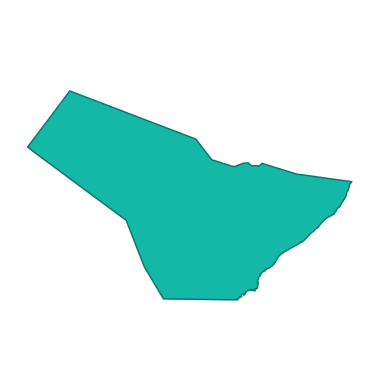 the district of Gagaemauga I, Gaga'emauga, Samoa, rotated 85°
{"feature_id": "51752279B56154317281841", "entity_name": "Gagaemauga I", "entity_type": "district", "adm_level": 2, "iso_a3": "WSM", "parent_name": "Samoa", "parent_adm1": "Gaga'emauga", "projection": "orthographic", "projection_center": [-172.292, -13.543], "detail": "fine", "context": "isolated", "style": "filled", "palette": "teal", "viewbox_px": 384, "rotation_deg": 85, "n_neighbors": 0, "source": "geoboundaries", "source_scale": "gbopen_adm2", "svg_char_len": 2830}
<svg xmlns="http://www.w3.org/2000/svg" viewBox="0 0 384 384"><g transform="rotate(85 192 192)"><path d="M157.3,324.6L168.7,311.8L214.5,260.0L262.5,246.0L296.0,229.7L303.2,158.5L303.3,158.1L302.9,157.5L303.2,156.7L302.6,157.0L302.6,155.3L302.3,154.7L301.8,154.5L301.0,154.2L300.5,153.8L300.3,153.3L300.4,152.6L301.0,152.5L300.6,151.9L299.8,151.5L299.2,151.6L298.5,151.6L298.0,151.1L297.8,150.5L298.4,149.1L298.9,149.2L298.7,148.4L297.4,147.8L297.1,147.4L296.1,146.7L295.7,146.2L295.2,145.3L295.3,144.8L294.9,144.6L294.8,144.1L294.8,143.2L294.8,142.6L294.3,142.0L294.9,141.7L294.4,141.0L294.5,140.8L295.3,140.8L295.3,140.6L294.8,140.2L295.4,139.9L295.3,139.2L295.7,138.6L295.3,138.4L295.7,137.8L295.3,137.7L294.6,138.2L293.9,138.0L293.7,137.3L294.0,137.0L294.2,136.5L293.7,136.2L293.7,135.8L293.4,135.3L292.8,134.9L292.3,134.8L291.8,135.0L290.6,134.6L290.3,134.3L289.8,134.4L289.4,134.1L289.2,134.3L288.3,133.9L288.0,134.0L287.9,134.7L286.1,134.2L285.8,133.9L285.3,134.0L284.4,133.2L283.9,133.6L283.6,133.2L283.4,133.3L282.2,132.6L281.8,132.1L281.0,131.5L281.2,131.3L280.6,130.8L280.1,130.9L278.8,129.7L277.6,128.4L277.5,127.8L277.0,127.4L277.0,126.4L276.6,126.6L275.7,125.3L275.7,124.8L275.2,124.8L274.8,123.6L274.9,123.3L274.5,121.9L274.0,121.3L273.6,120.3L273.1,119.5L272.7,119.1L272.6,118.6L271.4,117.1L270.2,115.9L269.0,115.0L267.8,114.3L266.6,113.3L266.0,113.0L264.8,112.0L264.1,111.6L263.2,110.7L262.0,109.1L261.5,108.4L261.5,108.0L260.9,107.5L260.9,107.2L260.4,106.8L260.3,106.2L259.8,105.8L259.6,105.2L259.3,104.3L259.1,104.2L259.0,103.6L258.1,101.9L258.0,101.4L257.2,100.0L257.1,99.3L256.5,98.4L255.8,96.8L255.4,95.9L255.1,94.8L254.6,94.2L254.1,92.9L253.5,91.2L252.8,90.2L252.3,89.3L251.6,87.7L251.5,86.9L250.8,86.1L250.2,84.8L248.9,83.5L248.8,83.2L247.6,81.9L247.2,81.3L246.4,80.6L245.5,79.4L245.2,79.4L244.7,78.7L242.4,75.6L241.6,74.2L241.1,73.7L240.7,73.2L240.2,72.8L239.6,72.0L238.8,70.3L236.6,68.0L235.2,66.9L232.1,63.3L231.2,62.7L230.9,62.2L231.0,61.7L230.2,61.0L229.1,58.9L228.3,57.0L227.9,56.1L227.8,55.5L227.3,54.9L227.2,54.2L226.8,53.4L226.6,52.9L226.1,52.3L224.6,51.2L223.5,50.1L223.1,50.2L222.3,49.7L221.1,48.6L219.8,46.7L218.7,45.6L217.9,45.1L216.9,44.2L216.5,44.1L215.4,43.2L215.1,42.9L214.3,42.3L213.1,41.8L212.2,40.8L210.3,39.5L208.7,38.6L207.6,38.4L206.7,37.9L206.1,37.9L205.4,37.6L204.6,36.8L203.5,36.2L202.3,35.8L200.0,34.7L198.1,34.4L196.6,32.7L195.6,32.1L190.6,54.3L183.1,86.8L169.6,119.7L170.8,121.3L171.6,122.1L171.9,122.8L171.3,126.3L171.2,127.3L171.3,129.3L170.9,130.3L170.3,131.3L169.7,132.0L168.2,133.1L167.8,133.5L167.8,134.6L167.8,137.6L168.4,140.2L168.9,142.0L169.3,144.0L169.9,145.3L170.3,146.5L170.1,149.1L161.6,169.5L139.7,183.5L80.7,305.0L102.1,324.1L113.1,334.0L132.9,351.9L138.9,345.4L146.2,337.2L152.3,330.2L157.3,324.6Z" fill="#14b8a6" stroke="#0f766e" stroke-width="1.5"/></g></svg>